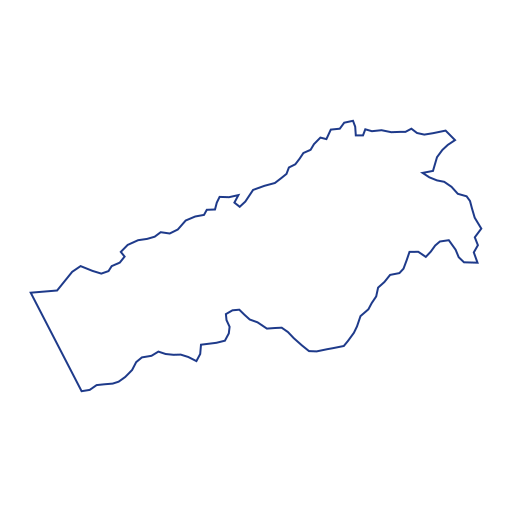 outline of Dona Inês, Paraíba, Brazil
{"feature_id": "56859067B91614548021503", "entity_name": "Dona Inês", "entity_type": "district", "adm_level": 2, "iso_a3": "BRA", "parent_name": "Brazil", "parent_adm1": "Paraíba", "projection": "orthographic", "projection_center": [-35.636, -6.608], "detail": "fine", "context": "isolated", "style": "outline", "palette": "blue", "viewbox_px": 512, "rotation_deg": 0, "n_neighbors": 0, "source": "geoboundaries", "source_scale": "gbopen_adm2", "svg_char_len": 1882}
<svg xmlns="http://www.w3.org/2000/svg" viewBox="0 0 512 512"><path d="M92.5,270.9L80.6,266.1L72.2,271.8L57.1,290.5L30.7,292.7L81.6,391.2L89.7,389.9L96.6,385.1L104.2,384.3L112.7,383.6L118.6,381.7L125.2,377.0L132.1,370.0L136.2,362.1L141.9,357.4L151.5,355.8L158.4,351.6L165.6,354.0L173.5,354.8L180.7,354.6L188.3,357.0L196.4,361.1L200.2,354.0L201.0,344.7L216.4,342.8L224.9,340.7L228.8,333.4L229.6,326.8L226.5,320.1L225.9,314.1L232.5,310.3L239.3,309.7L244.4,314.7L249.7,319.5L257.5,322.3L266.9,328.6L275.1,328.0L281.7,327.7L288.0,332.1L293.7,338.1L301.8,345.3L309.0,351.1L316.6,351.4L327.2,349.2L332.8,348.2L343.8,346.0L348.0,340.9L353.9,332.8L357.0,326.4L360.5,316.1L368.4,309.3L371.7,303.1L376.2,296.4L378.1,287.6L384.4,282.0L390.1,274.9L399.4,273.1L403.5,268.7L406.7,260.1L409.5,251.9L418.3,251.8L425.8,256.9L430.8,251.6L435.2,245.5L439.9,241.5L448.8,240.2L455.6,249.7L458.7,257.2L464.0,262.3L477.5,262.7L473.8,252.4L477.9,245.2L474.8,237.3L481.3,228.6L474.7,217.7L471.9,208.2L470.0,201.0L466.6,196.3L457.8,193.8L451.5,186.8L444.2,181.8L437.0,180.4L429.3,177.3L422.6,172.9L433.0,170.9L437.0,157.2L442.4,149.9L447.8,144.9L455.0,140.1L445.6,130.6L433.0,133.2L424.3,134.6L417.0,133.0L411.4,128.7L405.4,131.9L399.4,131.9L391.3,132.2L381.5,130.2L371.9,131.2L365.3,129.3L363.0,135.4L355.8,135.4L355.2,126.7L353.0,120.8L344.2,122.7L339.8,128.7L330.8,129.6L326.4,139.1L320.4,137.6L314.0,144.1L310.6,149.8L303.4,153.0L299.6,158.7L295.3,164.3L288.9,167.5L286.5,173.9L281.4,178.0L274.9,183.0L264.5,185.8L253.1,189.9L248.7,196.5L245.3,201.6L239.7,206.8L234.4,202.6L238.4,195.1L229.0,197.2L219.6,196.9L216.8,202.6L215.0,209.5L206.8,209.8L204.0,214.9L195.2,216.5L185.7,220.5L177.8,229.5L169.7,233.5L160.7,232.2L154.7,236.7L147.1,238.9L138.1,240.2L127.7,244.9L120.8,251.9L124.6,256.6L119.8,262.6L111.7,266.1L108.5,271.1L101.3,273.6L92.5,270.9Z" fill="none" stroke="#1e3a8a" stroke-width="2"/></svg>